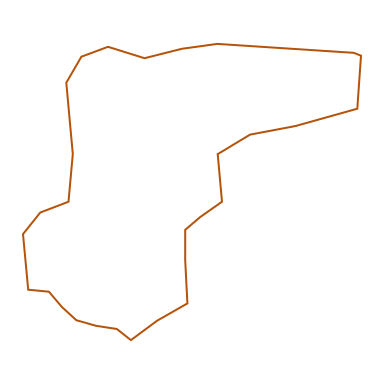 an SVG outline of Kumi
{"feature_id": "UGA-3065", "entity_name": "Kumi", "entity_type": "District", "adm_level": 1, "iso_a3": "UGA", "parent_name": "Uganda", "parent_adm1": "", "projection": "albers", "projection_center": [33.978, 1.444], "detail": "fine", "context": "isolated", "style": "outline", "palette": "amber", "viewbox_px": 384, "rotation_deg": 0, "n_neighbors": 0, "source": "natural_earth", "source_scale": "10m", "svg_char_len": 478}
<svg xmlns="http://www.w3.org/2000/svg" viewBox="0 0 384 384"><path d="M361.0,55.7L357.3,108.7L295.5,126.0L250.1,134.6L217.7,154.1L222.0,201.7L200.4,216.9L185.2,229.8L185.2,260.1L187.4,303.4L157.1,320.7L130.9,340.1L116.8,329.0L96.0,325.8L76.3,320.2L62.0,307.1L48.9,291.7L28.2,289.7L23.0,234.1L40.3,212.5L68.5,201.7L72.8,154.1L66.3,82.7L81.4,56.7L108.0,46.8L144.5,58.2L181.8,48.8L217.3,43.9L343.9,52.2L353.7,52.8L361.0,55.7Z" fill="none" stroke="#b45309" stroke-width="2"/></svg>